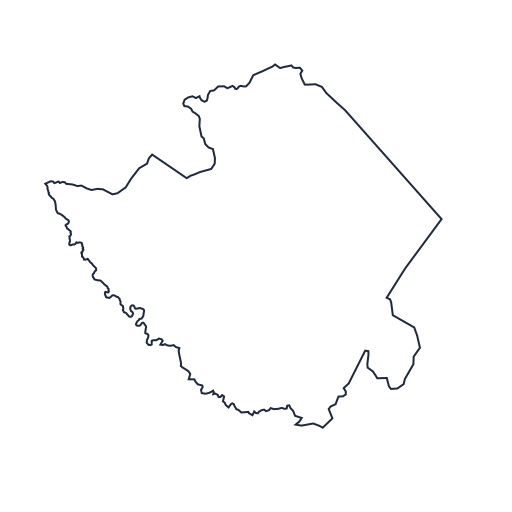 the district of Rafaï, Mbomou, Central African Republic, rotated 77°
{"feature_id": "33826404B37622790924059", "entity_name": "Rafaï", "entity_type": "district", "adm_level": 2, "iso_a3": "CAF", "parent_name": "Central African Republic", "parent_adm1": "Mbomou", "projection": "albers", "projection_center": [24.169, 5.748], "detail": "fine", "context": "isolated", "style": "outline", "palette": "slate", "viewbox_px": 512, "rotation_deg": 77, "n_neighbors": 0, "source": "geoboundaries", "source_scale": "gbopen_adm2", "svg_char_len": 6093}
<svg xmlns="http://www.w3.org/2000/svg" viewBox="0 0 512 512"><g transform="rotate(77 256 256)"><path d="M261.8,66.9L134.0,136.4L125.1,142.7L112.9,150.9L106.1,153.7L102.0,159.5L100.8,166.3L100.0,169.9L93.3,171.5L88.5,171.8L85.8,169.2L82.4,170.9L81.8,174.9L80.7,177.4L78.3,178.6L78.3,182.3L78.1,185.5L78.3,190.3L73.7,194.3L75.2,197.6L76.2,202.6L77.6,209.0L78.2,212.7L79.3,218.1L85.7,223.3L88.5,227.5L88.0,229.9L86.8,232.6L87.0,234.4L88.5,236.2L88.9,237.5L88.5,238.6L86.9,238.9L85.0,240.5L86.1,246.2L83.5,248.8L82.3,254.7L85.2,259.6L84.9,263.5L88.3,266.6L91.3,267.7L93.6,269.1L94.1,271.5L92.0,274.0L89.3,275.0L87.6,275.1L88.6,279.0L86.1,282.0L86.2,286.2L87.6,290.3L91.1,292.6L93.8,292.1L95.2,288.5L98.0,286.1L101.1,285.3L103.3,283.0L106.7,280.3L109.8,279.9L116.8,282.0L127.3,282.2L129.5,280.5L135.7,280.2L139.7,277.7L142.1,273.9L151.5,274.0L156.8,275.5L161.1,280.0L161.6,291.8L162.6,297.1L163.1,301.8L164.6,306.0L133.8,334.4L136.6,338.3L141.5,341.4L144.2,350.1L152.6,360.3L159.8,367.5L162.6,374.2L163.7,377.0L163.6,382.0L156.6,390.2L154.9,395.4L154.7,401.4L152.0,405.8L148.1,410.3L147.7,414.2L144.9,419.0L143.0,424.7L141.1,425.7L140.4,427.8L140.7,430.8L139.1,431.5L139.1,433.0L139.5,434.6L139.6,436.1L137.8,437.0L137.0,439.3L138.2,445.1L140.6,443.8L141.0,443.7L142.4,443.6L143.5,444.1L145.7,443.8L147.1,443.9L148.1,443.5L148.5,443.9L148.8,444.0L149.6,443.9L151.4,443.0L151.8,442.5L152.7,442.3L153.1,442.1L154.6,440.6L155.1,440.4L155.9,440.2L156.5,439.8L157.0,439.7L158.5,439.6L161.0,439.7L162.9,440.0L164.7,440.3L165.7,440.4L166.8,440.3L168.7,439.8L169.3,439.7L169.8,439.5L170.1,439.0L170.5,437.9L171.4,437.1L172.0,436.1L172.8,435.7L173.5,434.9L174.1,434.6L174.7,434.0L177.0,432.8L178.6,431.0L179.0,430.7L179.5,430.6L180.4,430.6L180.8,430.8L182.0,431.7L182.4,432.5L182.6,433.9L182.8,434.2L183.0,434.5L183.7,434.7L184.3,434.4L185.0,434.0L186.6,433.9L186.8,433.8L187.2,433.2L188.9,432.1L189.8,431.2L190.5,431.0L191.0,431.1L191.4,431.5L193.0,431.3L193.7,431.6L194.6,432.5L194.9,433.4L195.0,433.5L196.4,433.5L197.0,433.8L198.2,433.7L199.9,434.0L200.9,434.5L201.7,435.2L202.3,435.3L202.9,435.3L203.4,435.0L203.7,434.6L203.9,434.0L203.6,432.5L203.6,431.6L203.9,430.3L203.7,429.6L203.4,429.3L203.2,428.8L202.8,428.6L202.4,428.2L202.3,427.9L202.4,427.7L203.1,426.8L203.0,425.0L203.5,423.8L204.0,422.9L204.7,422.8L205.4,422.9L206.1,422.7L206.6,422.8L207.2,423.1L208.8,422.5L209.1,422.6L209.3,422.8L209.5,423.0L209.7,422.8L210.2,423.2L210.6,423.3L210.8,423.3L210.9,423.1L210.8,422.9L211.2,422.8L211.4,423.1L212.3,423.8L212.8,424.9L213.1,425.1L213.6,424.8L214.0,425.5L214.3,425.5L215.2,425.2L216.2,425.3L216.8,425.6L217.5,425.6L218.2,424.9L219.4,424.4L220.5,424.4L220.9,424.3L221.2,423.0L221.0,421.3L220.8,420.9L220.9,420.7L221.2,420.8L221.5,420.7L221.8,420.3L222.1,420.1L223.3,419.5L224.4,419.2L225.9,418.1L226.5,417.5L227.4,417.3L228.4,416.8L231.3,415.0L232.0,414.7L232.4,414.6L233.9,415.0L234.1,415.2L234.4,416.0L234.7,416.5L235.6,417.3L236.3,417.7L236.7,418.6L237.2,419.1L238.5,419.6L239.2,419.6L240.2,419.5L241.0,419.0L242.0,418.8L242.4,418.7L242.7,418.3L244.1,415.6L244.6,413.8L245.1,413.0L245.4,412.7L248.5,410.7L249.6,410.1L252.3,407.8L253.9,407.7L254.8,407.1L255.0,407.0L256.0,407.5L257.1,407.3L257.3,407.3L257.9,407.7L258.2,408.0L258.1,408.9L257.4,410.0L257.1,410.6L257.3,411.1L257.5,411.2L258.4,411.6L259.2,411.8L260.0,411.7L261.0,411.4L262.1,411.4L262.3,411.4L262.7,411.0L263.2,409.7L263.7,408.9L263.8,408.2L263.0,406.4L262.1,405.0L262.1,404.0L262.6,402.9L263.8,401.4L264.4,401.0L264.8,400.0L265.0,399.7L266.4,399.0L267.2,398.5L268.3,398.7L269.3,398.3L270.3,398.3L272.3,398.9L273.2,398.5L274.5,397.2L274.9,396.9L275.3,396.9L276.3,397.1L277.1,397.0L277.5,397.1L278.7,397.9L279.0,397.9L280.2,397.4L280.8,397.4L281.3,397.1L281.9,395.8L282.2,395.5L283.2,394.9L284.1,394.6L284.9,394.0L286.2,393.4L286.9,392.4L287.1,391.8L287.0,391.4L286.9,390.8L286.6,390.4L285.2,389.2L284.5,388.8L283.9,388.7L282.7,389.1L282.4,389.3L281.5,390.2L279.1,390.5L277.0,389.5L276.2,387.9L276.4,387.0L276.8,386.4L277.6,386.0L279.2,385.8L280.1,385.4L280.4,385.1L280.6,380.6L281.2,379.9L281.9,378.5L282.3,378.0L282.9,377.5L283.7,377.3L284.7,377.5L286.9,378.5L287.9,378.8L289.3,379.5L291.1,381.4L291.3,382.3L291.1,383.4L291.3,384.0L292.2,384.7L292.7,385.8L293.5,386.9L294.4,387.5L295.4,388.3L296.4,388.2L296.9,387.8L297.5,386.6L297.7,385.1L297.5,384.5L296.7,383.4L296.0,382.7L295.6,382.2L295.5,381.5L295.6,380.9L296.1,380.5L296.7,380.3L297.9,379.7L298.6,379.5L299.4,379.1L300.0,379.0L300.7,379.1L301.6,379.6L305.5,381.1L306.4,381.2L307.3,379.6L308.8,378.6L311.2,379.4L313.4,381.2L315.9,382.0L318.3,380.8L319.1,379.0L318.8,377.6L315.1,376.6L315.0,374.5L315.7,372.1L314.6,369.0L316.1,366.6L317.6,366.0L320.9,369.1L321.8,366.7L321.4,364.5L322.9,362.9L323.7,361.2L324.3,359.2L324.3,356.3L326.7,354.5L328.5,351.4L330.1,352.4L332.4,352.9L343.6,353.1L346.3,354.0L348.3,352.4L351.4,349.3L353.2,347.7L356.2,346.6L361.0,349.3L362.3,343.8L364.3,343.4L367.9,341.7L370.1,337.4L371.9,337.5L374.0,339.7L377.3,339.7L378.0,338.4L378.9,335.7L378.8,332.5L378.2,329.9L377.6,328.0L379.3,327.8L381.0,328.7L380.9,326.6L382.9,324.4L384.9,324.2L385.4,322.4L383.9,320.3L385.7,318.7L390.2,320.9L392.0,319.4L394.4,319.0L397.4,316.8L394.9,314.0L394.2,312.3L395.6,310.8L397.0,310.8L401.0,309.5L401.9,307.8L405.2,305.5L406.2,298.5L407.5,298.3L410.3,295.3L408.6,293.8L407.1,292.7L408.9,291.5L409.7,289.5L408.3,288.0L407.5,285.2L407.5,282.7L409.4,281.2L409.2,278.1L407.5,276.0L409.3,272.9L409.9,268.9L409.8,265.0L411.3,262.7L411.5,260.4L408.9,259.3L409.0,257.2L412.1,256.6L415.1,254.7L420.5,253.9L424.1,247.9L427.1,251.0L429.2,255.3L431.5,249.8L432.1,237.9L435.7,232.5L438.3,229.6L431.4,218.1L421.5,219.6L419.4,217.0L418.3,211.8L411.5,207.3L412.3,202.9L411.1,199.7L408.2,199.0L404.5,200.3L401.0,194.3L372.8,170.9L374.0,167.9L377.4,168.6L386.6,171.9L389.9,172.3L394.7,168.1L399.4,166.3L402.4,165.4L404.3,156.0L412.8,155.8L415.9,154.4L416.9,148.0L414.0,140.9L409.2,138.5L396.9,127.0L389.5,125.0L382.3,116.9L370.0,116.9L361.2,117.9L344.5,136.0L331.3,134.7L328.4,135.1L326.1,138.1L301.7,113.5L261.8,66.9Z" fill="none" stroke="#1e293b" stroke-width="2"/></g></svg>